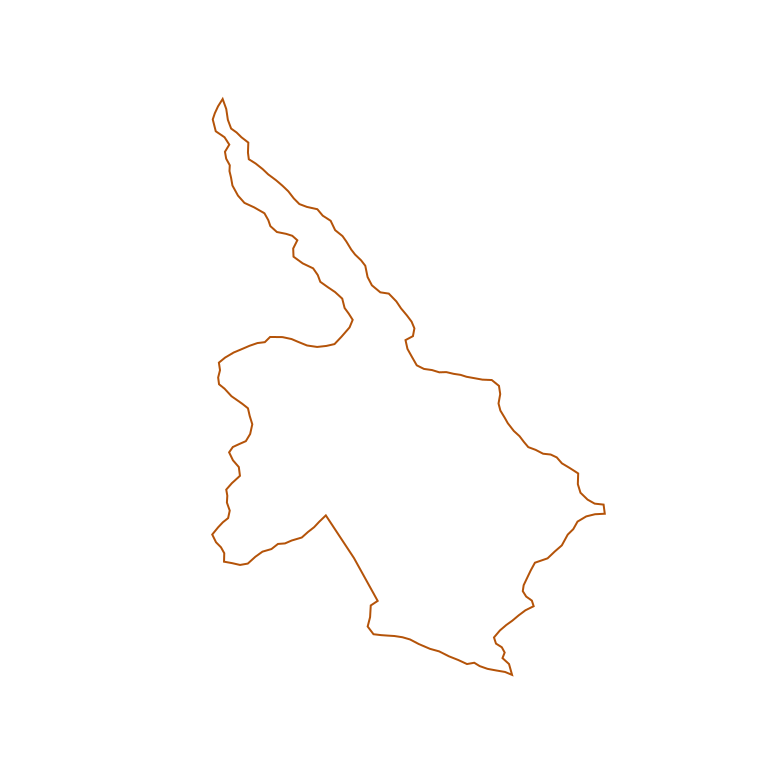 São José do Vale do Rio Preto, Rio de Janeiro, Brazil, rotated 260°
{"feature_id": "56859067B51855619198666", "entity_name": "São José do Vale do Rio Preto", "entity_type": "district", "adm_level": 2, "iso_a3": "BRA", "parent_name": "Brazil", "parent_adm1": "Rio de Janeiro", "projection": "orthographic", "projection_center": [-42.907, -22.174], "detail": "fine", "context": "isolated", "style": "outline", "palette": "amber", "viewbox_px": 768, "rotation_deg": 260, "n_neighbors": 0, "source": "geoboundaries", "source_scale": "gbopen_adm2", "svg_char_len": 2807}
<svg xmlns="http://www.w3.org/2000/svg" viewBox="0 0 768 768"><g transform="rotate(260 384 384)"><path d="M217.9,578.9L227.1,579.3L229.6,570.7L234.8,564.4L242.8,558.6L251.7,557.5L262.2,559.7L269.3,552.0L275.0,545.4L281.7,541.4L285.6,535.9L287.7,528.6L292.8,521.9L296.8,515.1L302.7,511.7L309.1,508.4L315.2,503.7L323.9,499.1L329.6,497.1L337.6,494.0L344.9,493.4L353.9,496.7L362.2,496.9L369.2,490.8L371.2,481.7L373.9,474.4L376.8,466.5L379.7,461.0L381.9,454.4L384.9,447.4L385.9,440.5L389.4,433.7L391.9,426.0L396.7,419.5L405.6,416.3L414.5,413.2L423.5,412.8L426.1,420.8L433.5,423.6L440.6,422.0L447.5,418.5L455.5,413.9L463.2,410.5L472.2,404.4L474.9,396.3L483.3,389.2L492.2,386.4L503.7,386.1L509.8,382.9L516.5,378.0L522.0,375.1L531.0,371.6L536.9,368.8L544.0,362.6L554.0,359.8L560.4,352.9L567.7,348.7L571.8,338.8L575.9,331.9L582.4,327.4L590.4,323.2L596.8,318.5L603.5,313.0L610.6,306.3L616.6,301.9L623.4,295.9L628.8,289.9L635.5,290.2L645.3,292.3L651.8,286.4L657.3,282.5L662.1,277.8L671.3,276.1L682.2,276.4L692.7,274.6L686.3,268.8L680.0,264.4L674.3,261.3L662.1,262.2L654.7,269.8L646.6,273.2L640.3,267.7L633.3,267.7L626.2,270.1L620.5,268.8L613.9,269.2L605.8,269.2L594.9,272.9L586.6,278.0L580.5,286.8L572.9,295.9L565.5,298.5L559.2,299.5L552.3,304.9L548.9,313.6L545.9,319.4L540.6,323.6L533.2,318.1L525.1,317.0L516.9,324.9L510.2,334.3L502.8,337.7L495.7,339.0L489.0,345.6L483.0,351.8L475.3,357.7L465.7,358.4L459.4,361.5L452.6,364.3L445.7,359.9L438.0,350.4L431.9,342.2L431.5,333.9L432.1,324.6L435.3,314.9L440.5,306.6L444.3,300.8L447.8,292.2L450.1,280.0L445.9,273.9L446.3,266.5L445.0,258.3L443.3,251.1L441.1,241.4L437.6,232.1L433.7,225.1L426.1,224.9L419.2,221.8L412.4,221.5L407.0,226.2L398.4,231.7L389.0,241.1L383.7,245.8L375.9,246.2L367.2,247.3L358.0,243.5L351.7,238.0L350.0,231.0L348.2,224.2L343.6,219.6L335.1,222.0L327.4,226.6L318.6,226.2L312.7,216.9L307.4,210.3L301.2,210.3L294.5,208.7L286.1,210.1L279.0,207.2L275.8,201.3L271.7,195.8L265.6,188.7L257.3,191.1L251.5,195.1L245.1,197.3L236.8,195.6L234.0,203.2L230.8,210.8L230.8,218.7L236.2,227.3L240.0,235.2L241.0,244.5L244.9,251.8L244.2,258.8L245.9,265.9L247.1,276.4L251.5,283.5L255.1,290.3L259.6,296.3L264.7,303.9L217.8,324.2L171.5,340.1L168.2,332.5L156.8,329.8L148.0,325.8L139.4,330.2L137.2,337.5L135.6,343.9L134.0,350.5L131.4,358.2L127.9,365.3L121.8,373.2L115.2,383.3L111.1,391.9L104.6,400.6L99.3,409.2L93.8,417.1L93.8,424.5L89.6,429.2L85.5,436.5L82.4,444.8L79.4,453.2L75.3,459.6L86.5,458.5L93.5,453.1L98.6,456.2L104.3,454.3L108.9,449.2L115.3,448.3L121.2,455.4L125.5,462.7L128.6,469.2L132.8,476.5L136.6,484.0L139.2,492.8L145.0,492.0L150.0,487.1L155.9,484.7L161.6,486.6L169.6,492.3L174.9,496.1L181.8,501.6L183.9,514.8L189.4,523.1L194.2,531.1L203.8,538.8L208.2,545.2L214.9,550.7L218.5,560.2L219.1,569.2L217.9,578.9Z" fill="none" stroke="#b45309" stroke-width="2"/></g></svg>